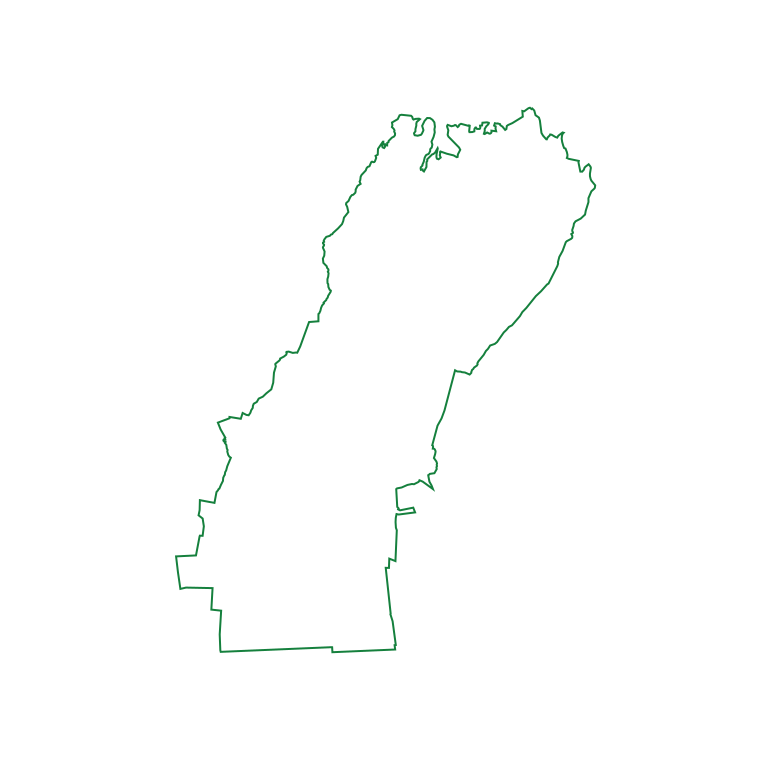 Breaza, Buzau, Romania (Equal Earth projection), rotated 27°
{"feature_id": "2599482B77763145054597", "entity_name": "Breaza", "entity_type": "district", "adm_level": 2, "iso_a3": "ROU", "parent_name": "Romania", "parent_adm1": "Buzau", "projection": "equal_earth", "projection_center": [26.528, 45.111], "detail": "fine", "context": "isolated", "style": "outline", "palette": "green", "viewbox_px": 768, "rotation_deg": 27, "n_neighbors": 0, "source": "geoboundaries", "source_scale": "gbopen_adm2", "svg_char_len": 6119}
<svg xmlns="http://www.w3.org/2000/svg" viewBox="0 0 768 768"><g transform="rotate(27 384 384)"><path d="M514.5,615.5L512.0,611.9L513.0,611.2L499.4,591.5L494.2,586.2L494.2,585.6L469.0,547.0L471.9,545.6L468.0,537.2L474.6,536.6L461.8,508.5L459.9,506.7L457.0,501.8L455.3,498.0L454.2,494.2L456.4,493.6L470.0,484.3L466.2,480.9L455.6,489.3L453.5,489.3L453.5,488.2L451.6,487.5L442.6,472.1L443.0,471.1L446.7,468.2L450.7,463.3L454.3,460.4L456.2,459.7L459.0,455.9L459.4,455.0L459.3,453.7L462.7,453.4L475.3,455.4L472.4,452.8L468.8,450.4L464.8,445.2L465.3,444.4L465.6,443.3L469.4,440.6L469.6,435.9L468.5,434.3L468.5,433.1L467.6,432.0L467.3,430.7L465.9,429.3L462.1,427.3L461.4,423.3L460.7,420.9L460.1,420.1L458.7,419.1L457.6,419.0L456.8,419.4L456.2,417.6L455.4,416.7L454.8,416.7L450.6,396.8L450.9,388.6L449.9,380.1L441.1,339.5L443.5,339.6L446.7,338.2L448.0,338.1L450.9,337.0L456.0,336.7L456.4,335.5L456.7,334.4L456.3,333.5L456.1,331.4L456.7,330.1L456.8,328.5L458.4,325.4L458.5,324.0L457.8,323.2L457.8,321.1L459.6,312.8L459.8,308.3L460.7,305.5L461.1,301.5L464.5,298.0L465.7,295.3L467.3,283.7L468.5,280.3L469.4,276.4L471.4,273.6L474.3,261.8L474.6,257.1L476.3,251.6L479.4,236.7L481.8,230.1L484.1,221.3L485.0,219.8L484.9,200.3L484.5,197.7L483.7,196.6L482.5,191.2L482.7,184.4L481.6,175.1L482.0,173.8L484.9,169.6L485.3,168.3L484.7,166.7L482.8,165.4L483.7,163.9L483.5,163.1L482.3,162.2L481.8,161.3L481.2,157.2L480.4,154.8L480.8,152.1L484.2,147.3L486.2,141.7L485.1,138.0L483.6,129.1L481.8,125.6L481.3,118.2L482.7,114.4L482.8,113.5L482.0,111.1L476.5,108.7L475.1,107.6L473.2,105.4L472.0,103.1L470.2,97.5L469.3,96.6L466.6,95.3L464.8,99.0L464.5,100.4L464.8,102.3L464.2,104.8L462.5,105.6L456.7,98.3L456.3,96.8L446.4,99.5L444.3,99.6L444.0,97.7L443.4,96.5L441.6,94.3L438.8,91.8L437.4,92.0L435.6,90.4L432.9,87.5L430.9,84.7L429.8,81.8L429.6,79.9L430.0,78.6L428.9,78.8L426.6,83.7L426.5,85.8L424.6,86.1L420.2,85.8L418.8,86.2L418.8,87.3L417.9,90.0L418.0,92.1L417.5,92.3L412.9,90.5L410.3,88.8L403.3,78.5L401.1,76.3L397.0,75.7L393.7,72.1L391.0,71.2L390.6,72.1L388.6,71.6L387.5,72.7L385.1,77.4L383.3,77.9L386.3,82.8L379.9,93.3L377.0,96.9L376.3,98.3L377.3,101.3L376.6,102.6L372.7,100.9L370.1,100.6L369.5,99.8L367.0,100.2L366.5,100.7L364.4,101.3L364.8,103.8L366.6,103.8L367.4,105.8L369.2,107.9L364.7,109.5L365.5,111.0L365.4,111.9L364.9,112.7L364.2,113.1L361.7,113.1L360.2,115.6L359.4,115.7L358.9,112.8L357.9,111.0L358.2,107.6L358.7,106.5L359.1,104.3L358.8,103.7L357.0,104.1L353.1,106.5L354.0,109.1L352.3,110.2L353.4,111.8L353.6,112.8L353.3,113.4L351.0,114.5L349.4,113.7L349.0,114.0L348.8,115.7L349.8,117.9L348.2,119.5L345.8,120.8L345.1,120.1L343.1,114.9L342.2,115.0L341.8,115.7L334.5,117.2L333.4,118.8L333.5,120.5L333.0,121.6L330.6,120.8L329.7,121.0L328.9,122.2L327.1,123.7L323.1,124.2L323.0,125.2L323.4,126.1L326.1,128.7L327.6,133.1L329.0,134.3L343.5,139.2L345.6,140.7L345.6,145.9L346.5,148.3L345.8,148.9L342.3,148.7L335.4,150.3L328.7,151.2L328.6,152.0L329.3,152.8L329.8,154.8L331.7,156.5L330.6,159.0L328.8,159.2L327.6,157.9L326.5,155.4L325.0,149.8L324.7,149.5L324.5,154.4L323.6,156.7L322.7,157.5L320.5,164.2L321.3,165.6L321.1,166.8L323.3,171.4L323.1,176.5L321.6,176.2L320.9,175.3L319.6,176.4L318.8,175.4L318.4,174.2L319.1,171.9L318.7,171.3L318.5,167.9L317.5,163.9L317.5,161.7L317.7,160.7L319.1,159.0L319.4,158.2L319.4,155.5L318.8,154.4L318.6,153.2L319.2,151.7L318.4,148.7L316.3,146.5L316.0,141.3L315.0,136.8L313.3,134.2L312.6,131.7L310.1,128.0L307.3,126.6L304.3,126.2L301.7,127.4L300.7,131.1L300.8,136.7L303.8,139.8L304.0,140.4L304.1,143.7L303.8,145.2L301.3,147.5L298.4,148.4L297.1,147.3L296.9,146.5L297.3,144.7L296.3,142.6L295.5,139.1L294.6,137.4L294.2,135.7L295.8,131.7L294.7,131.7L291.7,133.5L290.2,135.0L289.3,134.7L287.9,133.2L286.4,132.7L277.3,136.2L275.9,137.5L276.0,141.8L272.4,147.4L274.0,149.6L274.4,151.5L276.7,152.2L278.2,153.2L278.5,154.5L280.1,155.7L280.8,157.3L280.6,158.9L279.2,160.9L277.8,165.3L278.2,166.5L277.4,167.7L278.5,170.0L277.6,170.3L276.1,169.8L275.6,170.2L277.2,172.1L277.0,173.7L275.3,173.8L274.2,172.6L273.9,169.5L273.4,168.4L273.0,168.6L271.9,177.2L274.3,182.5L272.9,184.6L274.4,186.1L274.8,189.6L274.6,190.6L273.8,191.2L272.4,191.3L271.9,192.2L272.2,196.6L270.9,198.0L270.5,199.6L270.8,202.0L269.1,207.9L269.1,209.9L270.3,213.2L270.4,214.8L272.3,216.3L270.5,219.5L270.5,223.7L271.2,225.0L271.6,226.6L270.7,229.3L269.6,230.3L269.1,232.6L269.3,237.0L268.2,239.9L268.6,241.2L270.8,242.9L274.2,247.0L272.8,253.9L273.7,257.3L274.0,260.6L272.4,266.3L270.0,272.6L269.9,274.0L268.8,275.1L268.5,276.5L265.8,279.1L265.2,282.2L265.3,283.9L266.1,284.5L265.5,285.8L265.9,286.5L267.3,287.0L267.7,288.0L267.4,289.0L267.7,290.3L270.9,292.9L272.5,296.8L272.6,300.0L275.0,303.6L279.5,305.1L280.5,306.3L282.4,307.1L283.1,308.4L283.0,309.5L284.3,310.4L285.5,313.6L286.0,316.3L287.5,319.1L288.0,319.9L288.9,320.3L290.4,322.8L292.8,324.7L294.2,324.9L294.6,326.0L294.2,330.9L294.6,332.6L294.2,334.2L294.4,335.5L293.2,338.9L293.9,339.5L293.2,342.1L293.4,344.8L294.1,347.7L294.2,350.4L293.8,351.4L297.1,357.9L289.1,362.8L292.3,388.6L292.5,395.5L291.3,395.9L288.6,397.7L284.4,398.4L282.6,399.6L282.5,400.0L283.3,400.7L283.6,402.3L282.3,405.1L279.9,408.5L280.3,409.3L280.1,410.6L278.1,415.2L278.1,415.7L279.6,417.4L280.8,423.8L284.7,433.1L286.0,439.9L283.4,445.7L281.8,450.3L279.0,453.9L278.8,457.8L276.9,460.7L277.1,462.9L277.9,464.9L277.6,467.8L278.0,470.3L277.6,473.3L275.4,474.0L271.2,474.0L272.2,480.0L261.3,483.5L261.9,484.7L253.5,493.8L259.1,498.7L266.9,503.8L266.6,504.3L267.7,505.4L266.5,505.9L266.3,506.5L266.6,507.4L267.4,507.7L268.8,507.3L269.2,507.5L268.9,508.7L271.1,509.8L273.3,512.9L274.6,513.8L275.0,515.3L277.4,517.9L279.1,518.9L281.0,519.2L281.7,528.5L282.6,532.7L282.5,534.7L283.4,537.3L283.2,537.9L283.3,540.5L284.5,543.5L284.5,547.8L284.8,552.0L284.3,552.7L284.3,554.2L283.8,556.3L286.9,566.9L272.7,571.1L277.0,580.1L278.4,585.2L283.5,586.2L288.1,592.6L291.3,601.6L288.8,602.7L288.9,603.6L294.3,622.1L277.0,632.0L285.9,645.3L295.6,659.0L300.0,655.3L323.9,643.7L332.6,663.4L341.8,659.9L351.3,681.7L359.0,695.5L360.1,696.8L456.6,642.4L457.3,642.1L459.8,646.4L514.5,615.5Z" fill="none" stroke="#15803d" stroke-width="2"/></g></svg>